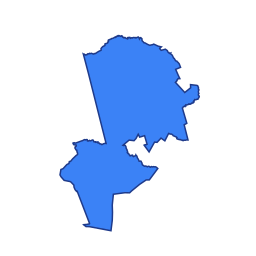 the district of Laikipia North, Rift Valley, Kenya, rotated 249°
{"feature_id": "3690345B24506089948123", "entity_name": "Laikipia North", "entity_type": "district", "adm_level": 2, "iso_a3": "KEN", "parent_name": "Kenya", "parent_adm1": "Rift Valley", "projection": "albers", "projection_center": [36.962, 0.429], "detail": "fine", "context": "isolated", "style": "filled", "palette": "blue", "viewbox_px": 256, "rotation_deg": 249, "n_neighbors": 0, "source": "geoboundaries", "source_scale": "gbopen_adm2", "svg_char_len": 5835}
<svg xmlns="http://www.w3.org/2000/svg" viewBox="0 0 256 256"><g transform="rotate(249 128 128)"><path d="M213.9,156.5L213.7,156.4L213.8,156.3L214.2,156.0L214.6,155.9L214.8,155.6L215.0,155.7L215.4,155.7L216.0,155.5L216.2,154.9L216.5,154.8L216.5,154.6L216.1,154.4L216.4,153.6L217.4,152.9L217.5,152.6L217.7,152.2L217.3,152.0L217.2,151.7L217.3,151.4L217.8,151.1L217.8,150.9L217.4,150.0L217.6,149.7L217.5,148.9L217.1,148.9L217.1,148.5L217.5,148.0L217.1,146.4L217.4,144.7L217.1,144.2L217.3,143.2L217.0,142.6L217.2,141.3L216.8,140.9L216.2,140.7L215.7,140.7L215.4,139.8L215.0,139.8L214.8,139.6L214.6,138.6L214.7,137.5L214.9,137.0L214.8,136.7L214.3,136.4L213.7,136.3L213.2,135.9L213.1,135.6L213.3,135.0L213.0,134.2L213.1,133.6L212.7,133.1L212.6,132.5L211.9,131.4L211.7,131.2L211.3,131.2L210.2,130.7L210.0,127.8L209.8,127.2L209.8,126.6L209.3,125.2L209.4,124.8L209.2,123.9L209.4,123.5L209.4,123.1L209.6,123.0L209.4,122.5L209.4,122.2L210.2,121.3L210.8,120.8L210.9,119.7L211.1,119.4L211.4,119.1L211.2,118.8L211.4,118.3L211.3,117.8L211.7,117.1L211.4,116.7L211.4,116.3L211.1,115.8L211.5,115.2L211.3,114.6L212.2,113.7L212.7,113.6L212.8,113.3L212.7,113.0L213.0,112.8L192.9,110.6L121.4,102.0L122.0,100.8L122.0,100.0L122.1,99.2L121.8,98.3L122.1,97.3L122.8,97.1L123.4,95.9L124.2,95.8L124.3,95.4L124.7,95.0L124.8,94.6L125.2,94.5L125.6,95.0L125.8,95.0L126.2,92.7L126.3,92.6L126.8,92.8L127.0,92.0L127.4,91.2L128.9,91.2L129.3,91.0L129.6,90.4L129.4,88.6L129.6,88.1L130.2,87.7L130.0,86.5L130.3,86.2L130.4,85.6L130.5,85.5L131.5,85.8L131.9,85.6L132.2,84.6L132.2,83.8L132.7,83.3L132.8,83.1L132.5,81.1L132.6,79.7L132.7,74.2L132.9,73.1L133.4,72.7L133.6,72.4L133.6,70.9L133.5,70.7L133.5,70.9L133.1,71.2L132.3,71.3L131.6,71.6L131.0,73.0L130.7,73.5L130.0,73.4L129.5,73.0L129.4,72.0L129.2,71.8L128.8,71.8L128.4,71.3L126.7,71.5L125.8,71.8L125.6,72.2L123.7,71.8L123.4,72.0L121.6,71.6L121.2,71.0L121.0,69.9L119.0,65.2L117.5,62.5L117.4,62.1L117.7,61.4L117.7,61.2L116.0,60.1L115.8,57.8L113.3,52.8L113.3,50.5L108.6,47.7L106.4,48.0L102.0,49.6L98.7,54.8L98.1,55.3L94.1,57.0L92.1,56.4L89.7,56.5L88.2,56.8L87.9,57.3L87.2,57.3L87.1,57.9L52.7,57.9L52.4,57.8L52.3,57.6L52.5,56.6L52.5,56.2L52.7,55.6L52.9,54.3L53.3,53.3L53.3,52.8L53.6,52.3L53.6,51.9L51.0,53.5L49.8,56.5L38.2,75.3L47.6,80.3L54.8,83.3L61.7,85.7L71.4,90.6L68.7,101.9L66.9,106.3L68.0,108.9L71.2,118.6L73.0,126.4L71.9,129.3L79.5,141.3L81.1,140.5L81.8,139.9L82.2,139.2L82.3,138.5L82.9,137.8L82.9,136.8L83.1,136.5L83.6,136.1L83.6,135.6L83.4,135.1L83.4,134.7L84.5,134.1L84.9,133.5L85.0,133.1L84.8,132.3L85.1,131.9L85.8,131.4L86.3,130.5L86.2,130.1L86.7,129.4L87.5,129.1L88.1,128.4L88.6,128.2L90.3,128.5L91.3,128.3L92.3,128.3L92.4,128.2L92.7,127.7L92.9,126.7L93.2,126.4L94.1,126.5L95.2,126.4L97.0,126.0L97.4,126.2L99.1,126.1L99.6,125.6L100.0,125.6L99.5,125.1L99.4,124.9L99.5,123.6L99.3,122.9L99.6,122.6L101.0,122.5L100.9,121.7L101.4,121.3L101.4,120.6L101.2,120.4L101.2,120.0L101.7,119.9L102.4,119.6L103.6,119.5L104.0,119.0L104.2,118.9L104.8,119.0L104.9,118.7L105.3,118.5L105.7,118.9L106.3,119.2L107.8,119.1L108.1,119.3L109.6,119.0L111.3,119.4L112.0,119.3L112.6,119.2L113.2,118.6L113.1,117.8L113.7,117.1L116.3,124.7L114.0,129.1L115.3,131.7L118.5,135.3L115.3,135.6L114.9,140.7L106.0,140.0L106.0,139.6L105.9,139.2L106.0,138.6L106.3,138.2L106.2,136.9L98.1,139.1L105.3,147.7L104.2,150.0L106.7,155.2L102.8,157.8L108.4,164.0L108.1,164.4L107.7,164.6L107.5,165.0L107.2,165.2L106.8,166.3L106.4,166.7L105.2,167.4L104.7,167.4L104.5,167.5L103.7,168.5L102.9,169.1L102.8,169.5L102.2,169.9L101.5,170.3L101.2,169.9L100.6,169.8L100.2,169.9L99.2,171.2L98.8,171.6L98.8,172.0L98.5,172.3L98.4,172.8L98.1,172.9L97.6,173.5L97.3,174.2L96.9,174.3L96.4,175.1L96.6,175.8L96.4,176.3L96.0,177.1L95.9,178.4L95.3,179.7L95.9,179.8L110.9,181.6L111.3,184.6L127.1,185.9L127.2,186.3L127.8,186.9L128.1,188.1L128.1,188.7L127.7,188.9L127.8,189.0L127.8,189.5L128.3,189.3L128.4,189.7L128.6,189.9L128.2,190.0L128.5,190.6L128.6,191.0L128.4,191.4L128.4,191.7L128.5,191.8L128.3,192.4L128.4,193.0L128.7,193.4L128.4,193.8L128.2,193.8L128.1,194.0L128.3,194.3L128.2,194.7L127.8,195.1L128.4,196.3L128.1,196.7L128.3,197.2L128.1,197.8L128.4,198.1L128.5,198.3L128.3,198.4L128.4,198.7L128.9,199.0L129.1,198.8L129.2,199.2L129.8,199.2L130.0,199.8L130.3,200.0L130.4,200.4L130.6,200.5L130.1,201.2L130.0,201.6L130.2,201.9L130.1,202.5L129.8,203.6L130.5,204.2L130.9,205.0L131.8,205.8L132.7,205.8L133.2,205.5L133.7,205.5L134.9,206.3L134.9,206.5L135.8,206.5L136.9,206.8L137.7,207.3L137.9,207.7L138.3,207.9L138.6,207.8L138.8,207.6L139.3,207.7L140.0,208.1L140.8,208.3L141.5,208.2L142.5,208.2L143.1,207.6L146.1,201.9L143.1,200.9L140.8,193.7L153.5,188.7L153.5,188.9L154.1,189.4L154.1,189.8L154.6,190.3L154.6,190.7L155.1,190.8L155.3,191.0L155.4,191.6L155.7,191.8L155.7,192.0L156.1,192.4L156.0,193.5L155.6,193.7L155.5,194.1L159.2,193.8L165.7,193.5L165.8,198.8L169.6,198.8L171.4,198.2L171.9,197.8L172.9,197.6L173.5,196.7L173.8,196.5L176.4,196.1L176.8,195.7L177.1,195.6L180.0,195.4L181.2,194.9L182.1,194.2L182.3,194.2L182.7,194.6L182.7,194.4L182.6,193.7L183.1,193.3L183.7,193.3L183.8,192.9L185.1,192.4L186.1,192.5L188.2,191.1L188.6,186.8L189.6,186.5L190.8,186.0L191.1,186.3L191.8,188.2L193.6,185.5L197.1,182.1L197.0,180.5L197.3,179.2L197.3,178.1L198.9,176.4L201.4,174.3L201.9,173.4L202.5,173.3L204.2,172.5L205.1,172.6L206.4,173.0L206.7,172.8L207.0,172.5L207.7,172.4L207.9,172.0L207.6,171.7L207.8,171.4L207.5,171.0L207.1,170.6L208.1,170.6L209.2,170.3L209.2,169.6L209.4,169.3L209.2,168.1L209.2,167.6L209.8,167.3L209.8,166.7L210.3,166.2L210.5,165.6L210.6,165.0L210.4,164.5L210.7,164.2L211.0,163.5L210.7,162.6L210.8,162.4L211.6,162.4L212.0,162.2L211.9,161.8L211.9,161.4L212.1,161.1L212.3,161.0L212.5,160.6L212.5,160.3L212.0,160.3L211.8,160.2L211.7,160.0L211.4,159.8L211.4,159.4L212.0,159.1L212.0,158.9L212.3,158.4L213.6,157.6L213.9,156.5Z" fill="#3b82f6" stroke="#1e3a8a" stroke-width="1.5"/></g></svg>